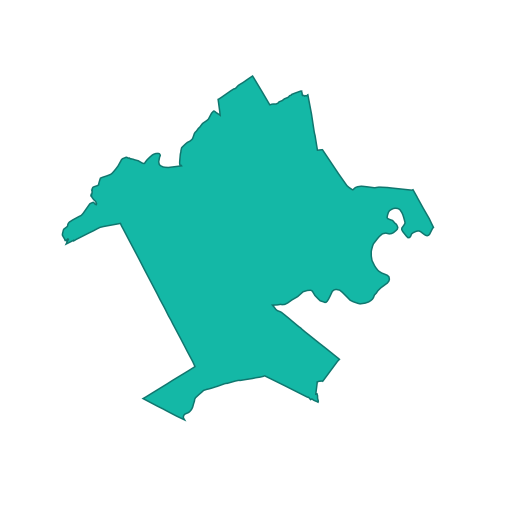 Ciolpani, Ilfov, Romania (Equal Earth projection), rotated 150°
{"feature_id": "2599482B77312801747207", "entity_name": "Ciolpani", "entity_type": "district", "adm_level": 2, "iso_a3": "ROU", "parent_name": "Romania", "parent_adm1": "Ilfov", "projection": "equal_earth", "projection_center": [26.1, 44.727], "detail": "fine", "context": "isolated", "style": "filled", "palette": "teal", "viewbox_px": 512, "rotation_deg": 150, "n_neighbors": 0, "source": "geoboundaries", "source_scale": "gbopen_adm2", "svg_char_len": 6079}
<svg xmlns="http://www.w3.org/2000/svg" viewBox="0 0 512 512"><g transform="rotate(150 256 256)"><path d="M194.6,167.7L191.3,163.9L189.8,162.5L185.0,160.6L181.4,159.9L178.9,160.0L176.8,160.4L175.0,161.3L174.2,162.0L172.9,163.0L170.4,163.7L167.8,165.0L163.9,166.0L159.6,166.5L155.8,166.9L153.4,167.9L152.1,169.2L151.3,171.5L151.9,173.6L153.4,175.6L155.7,178.5L157.3,181.6L157.7,183.0L158.1,186.2L158.2,188.2L157.8,194.1L156.2,198.3L154.0,202.2L152.7,203.7L150.1,206.3L148.3,207.8L141.9,210.4L139.3,211.3L135.4,212.0L132.2,211.0L130.6,209.5L129.5,208.5L127.5,207.7L125.3,207.5L121.8,208.1L120.2,208.6L118.9,209.9L118.6,212.3L118.7,213.7L119.3,214.9L119.5,216.1L119.7,217.2L120.0,218.5L121.9,220.7L123.2,222.5L123.3,223.7L121.9,225.4L119.5,227.6L117.7,228.5L115.6,228.6L113.6,228.5L111.7,227.9L110.0,226.7L109.0,225.7L108.2,224.1L108.0,220.6L108.2,218.4L108.8,215.6L110.0,211.1L110.4,210.2L110.8,209.7L112.6,208.7L115.7,207.3L116.6,206.0L116.7,204.0L116.6,203.0L115.8,197.8L115.2,195.8L113.7,195.2L112.2,195.8L110.1,197.4L107.9,197.6L105.2,197.3L103.1,196.7L102.1,195.9L101.3,194.8L99.8,191.2L98.9,189.3L97.7,188.0L96.2,187.7L94.7,188.1L89.2,191.7L88.0,192.0L87.7,196.8L87.3,201.6L87.3,204.9L87.3,214.0L87.1,224.1L87.1,225.6L87.0,226.5L86.9,234.9L88.0,235.0L105.7,247.9L107.8,249.5L109.5,250.6L114.3,253.7L115.4,254.3L117.1,255.0L119.1,255.7L123.9,259.4L127.5,262.1L129.9,263.8L133.4,265.2L135.1,265.5L136.4,265.5L138.7,264.9L139.0,264.9L139.2,265.0L139.5,265.4L141.3,269.1L141.8,270.6L142.1,271.5L143.4,285.9L145.3,314.6L145.4,314.9L149.9,316.9L144.6,330.9L144.1,332.7L143.5,334.5L137.0,351.1L130.5,369.7L130.8,369.7L131.2,369.4L131.6,369.5L132.0,369.4L132.5,369.5L132.6,369.8L133.0,370.1L134.0,370.2L134.1,370.4L134.3,371.1L134.4,371.3L135.3,371.5L135.5,371.8L135.0,373.4L134.7,373.8L134.5,374.6L134.3,375.5L134.0,376.0L134.9,376.5L141.0,377.6L144.3,378.1L145.2,377.7L146.7,378.0L148.5,377.4L149.1,377.4L152.9,377.9L155.7,377.5L158.5,377.9L159.3,377.9L160.5,377.4L162.7,377.6L165.1,379.0L166.2,379.5L168.1,379.9L168.5,380.1L168.6,394.4L168.9,411.9L169.0,413.6L173.8,413.3L181.0,412.7L182.9,412.7L185.8,412.6L187.0,412.3L189.5,411.5L190.2,411.4L191.1,411.6L191.4,411.7L191.7,411.8L194.8,411.7L206.4,410.7L209.5,410.5L210.5,410.6L215.1,399.4L216.7,395.8L218.4,399.4L218.6,399.5L219.1,401.0L219.6,402.2L220.3,402.7L223.1,401.9L228.8,398.3L230.9,397.9L236.0,397.5L237.3,397.0L240.0,395.8L242.2,395.3L244.1,394.4L245.6,393.8L246.7,393.6L247.1,393.4L248.1,392.9L251.2,390.2L252.1,389.5L253.0,389.0L254.5,388.7L256.0,388.5L258.6,388.7L260.9,388.3L265.1,387.3L266.3,386.9L267.1,386.1L268.3,384.8L269.1,383.6L270.1,382.6L270.9,381.6L275.1,375.6L275.7,374.6L276.2,373.4L276.3,373.0L276.3,372.7L276.1,372.4L275.5,372.0L275.4,371.7L275.4,371.3L287.7,376.5L290.1,378.1L291.8,379.4L293.3,381.5L293.7,382.4L294.0,383.6L293.2,386.2L290.0,389.9L289.0,390.6L288.6,391.0L288.5,391.5L288.5,392.5L288.6,392.9L289.1,393.5L290.2,394.2L291.7,394.9L293.8,395.3L295.4,395.3L298.6,394.7L302.1,393.8L304.6,392.8L306.1,392.0L306.5,392.0L307.0,392.3L307.7,392.9L308.4,393.9L310.3,397.3L313.1,400.1L314.1,401.3L314.9,402.0L315.4,402.5L315.6,402.5L315.8,402.6L316.0,403.0L316.3,403.1L316.6,404.1L317.6,404.5L317.8,405.0L318.1,405.2L318.2,405.5L318.5,405.7L318.6,406.1L319.2,406.5L319.7,406.5L322.9,407.0L323.9,406.8L324.5,406.6L325.2,406.1L330.5,402.9L333.8,401.5L337.0,400.3L339.2,399.6L340.6,399.4L341.5,399.4L345.3,400.0L349.6,400.9L351.8,401.2L353.2,400.0L355.9,397.4L356.7,396.3L358.5,396.3L360.9,396.8L362.2,397.0L362.9,397.0L363.6,396.6L364.3,396.1L364.8,395.2L365.1,395.2L365.3,394.7L365.4,394.8L365.7,393.7L366.8,392.2L367.4,391.7L367.8,391.9L368.7,390.9L368.1,390.8L368.5,390.2L368.7,388.9L368.4,386.1L367.8,384.2L367.6,383.2L367.8,382.3L367.8,381.4L368.1,380.8L368.6,380.3L369.3,381.0L369.8,383.4L369.9,383.7L370.6,384.0L373.3,384.3L374.0,384.2L384.3,379.4L386.4,378.7L387.3,378.5L389.4,378.7L396.7,378.9L400.6,378.7L402.0,378.2L403.1,377.5L404.1,376.3L404.7,375.9L407.5,375.5L408.5,375.5L409.7,374.9L412.5,372.0L413.2,371.0L413.3,369.7L413.3,366.8L413.2,365.3L413.5,365.3L413.5,364.8L413.1,364.8L412.8,364.5L412.6,364.4L410.4,364.9L410.1,364.3L411.6,363.3L411.8,363.6L412.3,363.3L412.1,363.0L412.2,362.9L414.4,361.3L406.3,360.8L406.4,360.3L405.0,360.2L404.0,360.3L389.4,359.5L384.1,359.1L380.1,359.0L376.8,358.8L373.1,357.7L357.1,352.0L357.4,349.6L357.5,345.8L357.9,336.5L358.8,312.1L359.4,300.2L360.5,272.6L360.9,266.1L360.9,265.0L361.0,262.3L361.1,258.3L361.2,255.7L361.7,247.9L361.7,243.0L362.0,238.6L362.1,235.1L362.6,221.1L362.9,214.2L363.0,211.9L363.2,208.0L363.6,196.1L364.1,191.0L364.2,190.7L371.4,190.4L390.7,190.0L396.9,189.7L415.4,189.2L421.5,189.0L425.1,189.0L416.5,175.3L412.7,169.6L411.2,167.1L404.8,157.0L399.8,149.8L399.8,150.6L399.8,152.1L399.3,153.1L398.3,154.0L397.3,154.5L396.1,154.6L393.0,154.2L391.6,154.3L390.6,154.6L389.1,155.1L387.8,155.8L386.3,156.9L384.0,159.2L382.0,161.0L380.6,162.7L379.2,163.5L374.9,164.5L371.2,165.2L368.5,165.8L365.2,165.1L363.4,164.5L360.3,163.7L356.0,162.8L354.9,162.5L347.1,161.1L345.5,160.6L344.6,160.1L336.6,158.1L333.5,157.1L332.2,156.4L332.1,156.2L326.5,154.1L320.4,151.7L317.1,150.7L316.1,150.3L313.1,149.1L309.8,148.1L308.4,147.9L296.1,129.5L282.1,108.1L281.1,107.3L280.5,104.3L279.2,104.3L278.5,103.3L278.4,102.7L278.1,102.2L277.1,100.8L276.2,99.7L275.4,98.4L274.7,99.0L274.5,99.5L273.8,102.0L272.6,104.2L272.1,106.2L273.3,106.5L266.5,115.5L266.1,116.3L264.1,116.0L260.9,114.5L260.8,114.2L259.1,114.9L237.9,124.1L235.4,124.8L235.8,125.9L241.4,140.4L245.2,149.8L251.5,165.9L253.0,170.1L253.3,171.4L253.5,171.7L253.7,172.2L254.3,173.4L257.7,182.7L258.9,186.1L262.1,194.4L263.0,195.8L264.8,198.0L265.5,199.7L265.9,203.1L266.3,205.2L262.0,203.0L258.8,201.8L257.7,200.8L255.3,199.7L252.0,199.5L246.8,200.0L240.2,200.0L233.1,201.5L228.8,200.5L225.7,199.0L224.8,197.5L224.7,192.3L223.5,187.5L222.8,185.1L220.6,182.7L219.6,181.4L218.6,180.9L217.1,181.2L214.9,182.3L212.1,184.1L207.5,187.3L205.2,187.6L203.3,187.0L200.6,184.6L199.4,181.4L197.5,174.3L196.6,170.7L195.1,168.4L194.6,167.7Z" fill="#14b8a6" stroke="#0f766e" stroke-width="1.5"/></g></svg>